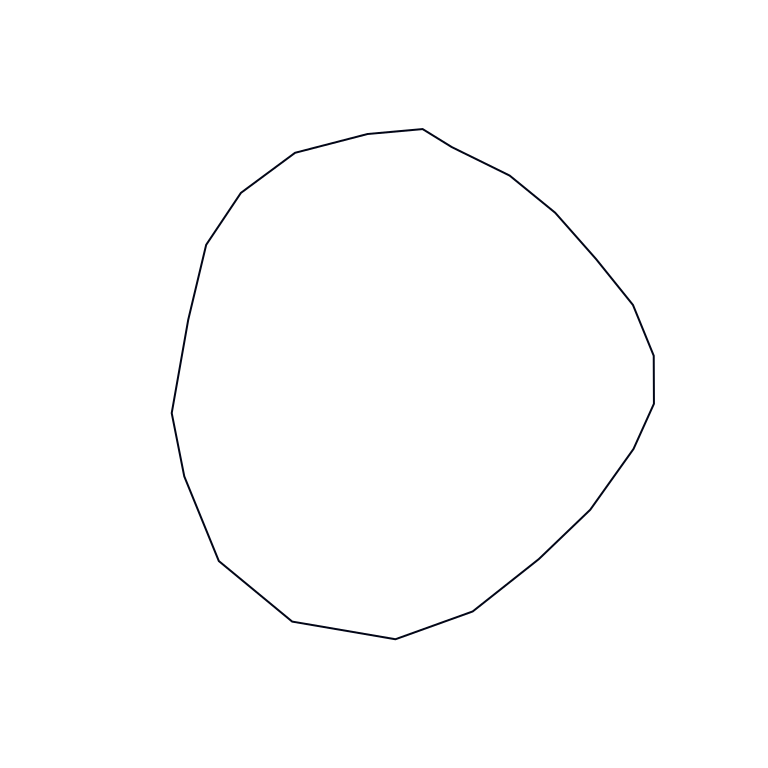 Tshikapa, Kasaï-Occidental, Democratic Republic of the Congo (Robinson projection), rotated 314°
{"feature_id": "63176286B37681851712476", "entity_name": "Tshikapa", "entity_type": "district", "adm_level": 2, "iso_a3": "COD", "parent_name": "Democratic Republic of the Congo", "parent_adm1": "Kasaï-Occidental", "projection": "robinson", "projection_center": [20.826, -6.413], "detail": "fine", "context": "isolated", "style": "outline", "palette": "ink", "viewbox_px": 768, "rotation_deg": 314, "n_neighbors": 0, "source": "geoboundaries", "source_scale": "gbopen_adm2", "svg_char_len": 442}
<svg xmlns="http://www.w3.org/2000/svg" viewBox="0 0 768 768"><g transform="rotate(314 384 384)"><path d="M365.6,617.0L436.8,619.7L510.6,608.6L557.3,591.9L591.7,558.4L613.8,508.2L621.2,449.6L626.1,388.2L621.2,329.6L601.5,268.2L594.2,234.7L552.4,198.5L488.5,159.4L422.1,148.3L360.6,159.4L294.3,198.5L215.6,251.5L178.8,304.5L141.9,388.2L149.3,483.0L208.3,569.5L282.0,605.8L365.6,617.0Z" fill="none" stroke="#020617" stroke-width="2"/></g></svg>